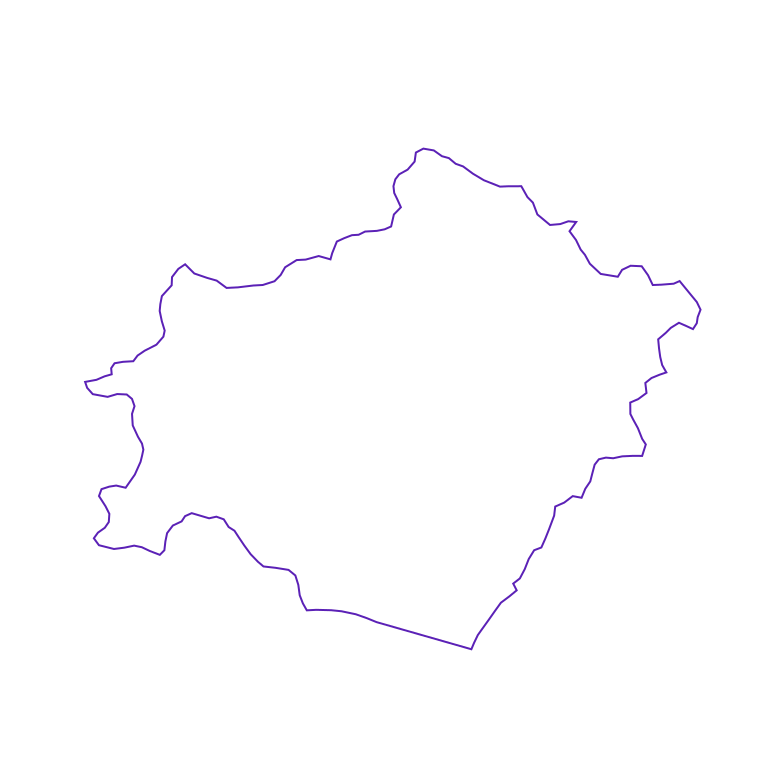 outline of Espírito Santo do Pinhal, São Paulo, Brazil, rotated 283°
{"feature_id": "56859067B52786293582727", "entity_name": "Espírito Santo do Pinhal", "entity_type": "district", "adm_level": 2, "iso_a3": "BRA", "parent_name": "Brazil", "parent_adm1": "São Paulo", "projection": "robinson", "projection_center": [-46.789, -22.186], "detail": "fine", "context": "isolated", "style": "outline", "palette": "violet", "viewbox_px": 768, "rotation_deg": 283, "n_neighbors": 0, "source": "geoboundaries", "source_scale": "gbopen_adm2", "svg_char_len": 2684}
<svg xmlns="http://www.w3.org/2000/svg" viewBox="0 0 768 768"><g transform="rotate(283 384 384)"><path d="M616.7,363.0L607.6,363.8L598.2,358.8L591.7,351.6L586.0,349.0L578.9,348.7L572.4,351.0L567.2,355.2L560.0,360.7L551.4,355.5L539.1,355.5L534.9,349.9L531.6,342.6L528.3,331.3L523.7,325.7L521.8,319.3L517.2,312.5L512.2,306.0L499.9,304.1L493.4,303.8L494.0,291.6L487.6,279.7L485.1,271.0L475.5,261.4L467.0,258.8L459.5,254.2L453.2,243.6L450.6,234.6L445.3,219.9L442.2,209.0L447.1,197.7L447.6,187.8L449.0,174.3L455.9,163.3L449.9,157.7L440.5,153.4L432.4,154.9L419.7,147.8L411.5,148.1L404.7,149.0L395.2,153.4L386.7,158.3L380.5,158.4L371.1,153.4L362.6,143.3L356.3,137.5L349.8,134.6L346.9,124.7L343.6,116.8L338.0,114.6L332.2,116.5L328.6,110.0L323.4,102.9L318.8,92.3L313.5,95.6L308.6,102.5L309.3,117.6L314.2,126.3L315.9,135.7L312.8,141.8L306.3,145.9L298.2,145.2L287.1,148.5L277.3,156.1L271.5,161.6L265.9,164.3L259.7,164.4L253.4,164.3L239.7,161.6L224.8,155.6L224.8,145.9L222.2,139.4L218.0,132.4L210.7,131.5L202.2,140.2L195.7,145.6L187.6,146.9L181.1,144.3L174.8,138.7L168.4,136.0L162.8,142.5L162.5,158.0L166.1,167.8L170.3,176.9L170.5,184.7L168.6,193.4L167.1,204.0L172.6,207.4L181.5,206.4L189.9,206.2L198.6,210.1L204.6,217.7L210.5,219.9L214.9,225.7L214.4,233.9L213.8,243.8L217.0,250.5L216.1,258.3L209.7,264.8L207.4,271.3L202.3,276.6L195.3,284.1L188.2,292.3L182.4,301.2L179.1,307.6L180.5,319.7L181.4,332.8L177.5,340.7L169.0,345.7L159.2,349.4L152.0,354.3L146.1,359.7L148.7,368.7L151.7,383.4L153.0,393.7L153.3,408.3L152.0,419.8L150.3,430.4L145.2,528.8L152.1,530.0L160.5,531.9L166.8,534.5L177.8,539.1L187.9,543.2L197.2,547.1L205.5,554.1L212.8,559.7L218.6,554.8L225.1,560.1L235.3,562.8L246.0,564.4L255.8,567.7L260.1,574.1L269.9,576.0L279.7,577.5L294.0,579.4L303.1,578.4L309.0,586.3L317.2,593.1L317.6,602.1L327.2,603.7L335.5,606.9L344.0,607.1L352.8,607.4L359.0,610.3L362.2,616.8L363.2,624.0L367.1,632.4L369.9,642.4L372.0,651.7L384.0,652.7L388.6,647.9L398.0,641.4L405.3,634.9L410.2,630.8L421.3,628.1L426.5,635.1L434.3,641.8L443.8,638.4L450.0,643.3L455.1,650.5L458.8,656.5L465.0,650.8L472.4,647.1L480.5,644.0L489.2,641.1L497.3,647.1L503.2,650.8L510.0,657.6L508.4,666.0L507.0,672.7L513.6,675.1L519.7,674.6L527.6,675.7L534.2,670.4L540.9,661.7L550.8,648.9L546.9,643.7L543.2,632.0L540.9,623.6L549.4,616.8L556.7,608.6L554.7,597.7L548.8,590.3L541.1,587.7L540.0,570.4L547.5,557.5L555.1,550.7L559.2,545.4L567.5,538.7L574.6,530.4L585.1,534.8L584.0,527.0L579.5,519.8L576.3,510.0L583.7,495.3L594.2,488.3L598.4,481.7L607.6,473.3L604.4,459.8L602.4,452.6L605.0,435.5L608.9,423.4L613.8,412.1L614.7,404.3L618.7,396.4L619.0,389.2L622.8,380.0L622.2,369.4L616.7,363.0Z" fill="none" stroke="#5b21b6" stroke-width="2"/></g></svg>